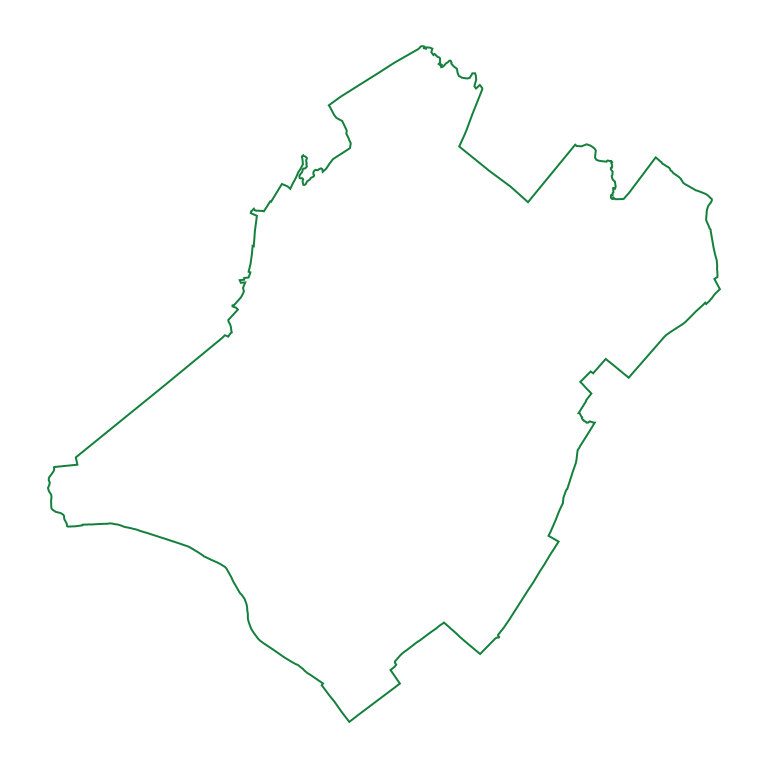 Rociu, Arges, Romania (orthographic projection)
{"feature_id": "2599482B73415645943842", "entity_name": "Rociu", "entity_type": "district", "adm_level": 2, "iso_a3": "ROU", "parent_name": "Romania", "parent_adm1": "Arges", "projection": "orthographic", "projection_center": [25.019, 44.661], "detail": "fine", "context": "isolated", "style": "outline", "palette": "green", "viewbox_px": 768, "rotation_deg": 0, "n_neighbors": 0, "source": "geoboundaries", "source_scale": "gbopen_adm2", "svg_char_len": 6032}
<svg xmlns="http://www.w3.org/2000/svg" viewBox="0 0 768 768"><path d="M719.9,289.2L714.4,279.0L717.5,276.9L717.3,270.8L717.0,269.4L717.1,267.1L717.2,266.0L716.7,260.2L715.2,254.9L713.6,247.8L710.7,231.0L710.6,229.5L709.6,228.5L709.0,226.6L706.5,221.1L706.1,219.6L706.7,212.8L706.6,211.9L707.1,209.3L708.2,206.1L708.7,205.2L710.9,202.5L711.8,200.6L711.8,199.3L711.6,198.7L710.7,198.2L708.0,195.5L705.8,194.0L698.0,190.9L696.0,190.4L687.7,185.6L685.4,184.4L683.2,182.8L680.8,178.8L678.7,176.8L673.3,173.1L672.0,171.4L670.5,170.4L670.2,169.2L669.5,168.2L668.7,167.4L667.0,166.5L662.1,163.4L661.7,162.4L659.8,161.0L658.8,160.0L655.7,157.4L628.8,193.2L623.7,198.9L623.0,199.1L621.9,199.0L620.7,199.1L617.2,199.1L615.8,199.3L614.0,198.3L613.6,197.6L613.2,197.4L613.0,197.8L613.2,198.9L612.5,199.0L611.8,198.7L611.0,197.7L610.9,196.2L611.2,195.0L612.6,195.0L612.6,193.1L613.4,192.3L613.1,188.1L614.2,187.9L614.9,188.7L615.7,186.8L614.9,181.6L612.9,179.7L612.1,178.0L611.7,176.0L612.4,174.9L612.6,171.7L611.1,169.6L610.8,168.8L611.0,167.7L611.8,167.7L612.2,166.8L612.1,165.0L611.5,163.7L611.3,162.8L612.1,162.4L611.3,161.0L609.5,161.0L607.7,160.5L606.9,161.0L606.5,161.7L600.6,161.0L598.4,160.6L596.3,159.7L595.0,157.5L595.8,150.5L594.3,148.3L591.9,146.5L590.1,145.5L586.7,144.3L581.5,146.3L576.7,146.0L575.2,144.7L528.0,202.2L510.7,186.7L489.6,171.1L459.2,146.5L464.1,135.8L466.4,130.4L472.3,114.4L482.4,89.0L482.2,88.0L479.8,85.0L476.0,88.5L474.4,86.4L476.2,79.4L475.9,76.0L475.1,73.3L472.4,73.3L469.8,77.9L467.2,78.5L462.0,77.7L458.8,75.9L457.6,72.8L456.9,68.8L453.4,66.1L451.3,63.6L451.6,62.5L450.4,60.6L449.3,60.8L448.0,62.1L446.0,63.4L443.7,66.0L442.1,67.1L441.2,67.2L440.9,66.1L441.7,64.8L441.0,64.3L439.6,64.8L438.7,64.0L439.9,62.8L440.2,61.8L439.9,61.0L440.1,59.7L440.0,58.5L439.5,57.6L437.7,56.9L434.6,54.0L433.4,55.0L431.3,52.2L432.4,48.7L429.9,47.6L426.3,47.4L426.0,48.7L423.9,48.2L424.3,46.6L422.1,46.1L420.6,46.6L419.4,48.1L418.1,49.2L394.4,62.7L379.8,72.1L340.8,96.6L328.8,105.3L329.8,106.7L334.1,114.9L336.4,117.9L342.2,121.0L346.6,130.2L346.7,131.6L346.3,133.6L348.6,138.2L349.5,140.7L350.7,143.0L350.6,144.5L349.9,148.2L333.0,159.1L329.5,163.7L326.1,168.8L322.7,171.8L322.3,169.2L321.5,168.5L321.0,168.4L320.1,168.7L319.6,169.1L318.8,169.3L317.9,170.2L317.1,170.2L315.8,169.8L314.3,170.6L313.4,172.4L313.4,174.0L313.7,174.8L314.0,175.0L314.1,175.8L313.6,176.5L310.7,178.0L310.0,179.4L307.0,181.5L305.6,184.3L304.7,184.8L303.5,184.9L303.2,184.4L302.6,181.4L302.6,180.8L303.2,179.4L302.8,178.7L301.8,178.2L300.8,178.3L299.7,178.0L299.4,176.9L299.5,175.6L300.5,173.9L301.0,173.5L301.8,172.5L302.5,170.8L302.6,169.8L303.3,168.7L303.6,168.5L304.6,168.5L305.2,168.3L306.7,166.8L306.9,166.1L306.3,164.1L306.7,163.4L306.3,161.8L306.2,160.0L306.9,158.6L306.7,157.7L305.3,156.6L303.6,155.9L303.2,155.3L301.9,156.5L302.5,159.6L302.9,164.3L300.6,168.7L298.2,172.4L296.1,177.4L294.0,181.4L293.2,182.6L290.3,188.8L287.6,186.4L281.9,184.0L271.1,201.7L270.3,201.3L263.9,211.3L262.8,211.0L255.9,210.6L254.9,210.3L253.9,208.7L251.8,210.9L251.1,211.4L250.7,212.9L251.5,213.5L256.9,215.8L254.9,231.0L253.8,246.3L252.6,245.8L252.0,253.3L250.5,264.1L248.6,271.8L250.4,272.4L248.6,277.5L244.2,278.0L244.1,279.7L239.7,280.2L240.9,282.8L245.2,282.4L243.0,287.9L243.9,291.3L243.1,293.4L241.0,297.3L234.2,305.0L232.5,305.4L232.5,306.4L236.1,307.7L237.9,309.6L228.3,320.0L228.5,321.5L230.1,324.4L231.0,327.5L231.3,330.7L231.8,332.4L230.4,333.4L228.2,336.6L226.5,335.8L224.8,335.3L222.3,337.8L163.3,386.4L75.8,457.4L77.4,464.7L54.3,467.0L54.0,467.3L54.2,469.3L53.8,470.7L53.2,471.9L49.2,477.3L48.8,478.4L48.8,480.4L49.8,482.6L49.3,484.9L48.1,487.7L48.1,488.5L48.9,491.1L51.2,494.7L51.5,497.2L51.1,500.7L51.3,507.6L51.7,508.7L52.4,509.6L55.8,511.9L60.1,512.9L61.8,513.7L62.9,514.5L63.6,515.2L64.1,516.1L64.1,517.7L64.4,519.3L66.7,523.5L67.1,526.2L68.1,526.6L75.2,526.3L82.2,525.4L82.3,524.9L82.8,524.6L83.4,524.8L83.8,524.6L86.6,524.6L89.4,524.4L91.2,524.5L99.2,524.0L108.2,523.7L109.0,523.4L111.9,523.5L113.9,524.0L118.5,524.7L121.7,525.8L123.3,526.5L125.4,527.1L128.6,527.7L136.3,529.5L140.7,531.1L147.5,533.1L179.8,543.6L189.0,546.8L198.0,552.2L203.2,555.6L203.7,556.2L204.4,556.7L205.1,556.8L210.7,559.6L218.0,562.8L220.8,564.3L224.9,566.9L226.2,568.2L227.0,569.4L231.5,577.6L232.5,580.0L233.8,582.5L234.9,584.3L239.9,593.0L242.2,595.4L244.6,598.9L246.8,605.1L246.8,605.6L247.2,608.2L247.2,610.1L247.8,613.3L247.9,618.9L248.8,622.3L250.5,627.0L251.6,629.5L253.7,632.8L258.1,638.7L260.1,640.7L264.1,643.6L274.3,650.4L284.2,657.3L290.9,661.4L295.7,664.1L297.7,664.8L302.9,668.9L304.9,671.0L308.1,673.5L310.3,674.8L323.0,683.5L321.8,685.3L329.1,695.1L334.6,701.9L341.7,712.0L349.3,721.9L358.3,714.9L399.9,683.6L390.5,670.0L394.7,666.7L396.2,664.6L394.9,662.6L395.0,661.4L400.3,655.3L402.5,653.2L404.4,651.7L406.6,650.2L417.1,642.1L419.6,640.6L430.5,632.4L436.0,628.6L439.2,625.9L443.0,623.3L443.6,623.1L444.0,622.6L455.7,632.9L460.4,637.4L468.1,644.0L480.1,654.0L495.6,638.2L497.0,637.6L498.9,637.5L499.2,637.0L498.1,635.5L498.1,634.8L503.7,627.8L509.1,619.9L528.5,589.5L533.3,582.4L539.9,571.3L544.1,564.9L551.1,553.2L553.1,550.3L558.6,541.6L548.5,535.8L550.4,532.1L555.4,520.7L559.3,510.7L562.9,503.2L563.4,497.8L565.9,490.8L566.7,489.3L567.2,489.2L572.7,472.0L575.9,462.9L576.5,459.6L577.6,450.3L579.4,447.6L579.9,446.4L588.1,433.5L594.7,422.7L593.9,422.7L593.1,422.3L592.4,422.4L591.5,421.9L590.5,421.7L590.0,421.4L589.5,421.4L589.3,421.7L588.5,422.1L588.3,422.5L588.0,422.6L586.6,422.7L586.3,422.5L586.2,422.1L585.1,421.4L584.1,421.0L583.5,420.0L583.0,419.9L582.5,419.4L582.3,418.9L582.0,418.5L581.9,418.0L582.2,417.7L582.2,417.3L581.2,416.3L579.8,413.5L579.2,413.1L578.6,413.1L586.1,401.2L586.1,400.3L591.4,393.5L586.6,388.6L582.4,384.0L580.3,381.9L590.7,371.5L593.1,373.3L605.7,359.0L611.0,363.2L628.7,377.7L664.2,337.0L666.1,335.1L670.0,332.3L682.7,324.1L685.5,321.9L695.7,311.6L703.2,304.8L705.2,302.7L706.2,304.0L710.1,300.3L710.5,299.4L711.6,298.5L714.0,295.1L715.6,293.3L719.9,289.2Z" fill="none" stroke="#15803d" stroke-width="2"/></svg>